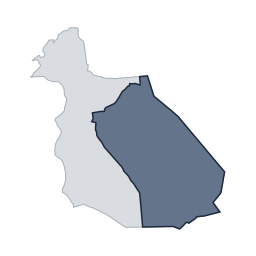 where Agadez sits in Niger, rotated 85°
{"feature_id": "NER-800", "entity_name": "Agadez", "entity_type": "Department", "adm_level": 1, "iso_a3": "NER", "parent_name": "Niger", "parent_adm1": "", "projection": "natural_earth1", "projection_center": [10.912, 19.426], "detail": "fine", "context": "in_parent", "style": "filled", "palette": "slate", "viewbox_px": 256, "rotation_deg": 85, "n_neighbors": 0, "source": "natural_earth", "source_scale": "10m", "svg_char_len": 6697}
<svg xmlns="http://www.w3.org/2000/svg" viewBox="0 0 256 256"><g transform="rotate(85 128 128)"><path d="M202.2,189.1L199.8,189.1L198.4,189.6L196.7,191.1L194.7,191.7L192.4,193.0L190.9,194.1L189.5,195.0L187.6,197.0L186.9,198.6L185.0,198.9L182.3,198.6L180.6,197.1L176.7,195.4L174.1,194.7L172.9,194.5L166.9,194.2L160.4,194.9L157.1,195.7L156.5,195.8L154.7,196.8L153.1,197.9L148.9,203.0L143.4,202.8L140.1,202.3L137.4,201.5L133.4,199.1L128.6,195.5L126.8,195.0L125.1,194.7L124.6,194.8L118.8,198.4L117.7,198.3L116.3,198.7L115.4,199.6L114.8,200.0L114.1,200.1L113.2,199.9L112.3,199.4L111.4,198.4L109.0,194.4L108.6,193.7L107.6,192.5L105.9,190.6L104.7,189.8L104.0,189.5L103.2,189.7L98.6,188.1L94.0,186.4L92.9,186.6L92.2,187.0L90.6,188.2L88.7,188.5L86.3,188.4L85.0,188.2L82.9,188.6L81.5,189.1L79.6,189.9L77.2,192.2L76.6,192.5L76.0,192.9L75.1,199.2L74.5,201.1L73.2,203.6L70.8,205.9L69.2,207.4L69.1,209.3L69.0,212.5L68.9,214.7L69.0,216.1L68.8,216.8L68.6,217.4L68.7,218.3L69.1,218.8L69.3,219.4L69.2,219.8L68.4,220.4L67.6,219.0L66.5,218.0L65.3,217.5L64.5,216.8L64.0,215.8L62.5,213.8L58.9,209.9L58.5,209.8L57.9,209.7L56.9,210.1L56.3,210.8L55.8,211.0L55.1,211.1L53.4,211.5L52.0,212.2L52.0,212.7L52.6,215.7L52.3,217.3L51.7,216.5L49.7,213.5L48.4,211.3L48.1,210.8L47.9,210.1L48.1,209.7L48.6,209.5L49.9,209.2L50.1,209.0L50.2,208.4L50.0,207.2L49.3,205.7L48.6,204.7L48.2,204.5L47.4,204.5L46.6,204.6L45.1,205.9L44.4,206.1L42.8,206.0L41.4,205.7L40.5,205.1L38.0,202.6L35.2,200.0L34.0,199.7L33.7,199.4L33.6,197.4L33.6,195.0L33.8,194.4L35.0,194.7L36.2,194.9L36.6,194.5L35.6,193.6L34.2,192.7L33.7,191.4L33.3,191.0L32.6,190.5L31.9,190.3L31.2,189.9L30.6,189.5L29.8,189.4L28.9,189.1L27.7,186.9L26.4,184.9L25.7,183.3L25.5,182.3L25.9,180.6L25.5,179.9L24.1,178.3L23.0,176.7L23.3,174.3L23.6,172.2L23.6,170.9L23.8,170.2L24.0,169.4L24.7,169.1L26.7,169.2L30.5,169.5L33.5,169.1L35.9,166.9L38.3,164.6L41.9,164.4L45.7,164.1L48.8,164.0L53.2,163.8L56.8,163.7L60.9,163.5L61.1,162.5L61.3,162.2L61.7,162.2L64.8,162.7L67.6,163.3L67.9,161.3L70.4,158.8L71.8,158.3L72.2,157.9L72.7,157.0L73.0,155.7L73.1,154.8L73.6,154.1L74.0,152.7L74.6,150.2L76.0,147.6L76.8,144.1L77.0,140.7L77.2,138.2L77.6,137.6L77.6,133.1L77.6,128.5L77.7,124.6L77.7,119.8L77.7,115.5L77.8,111.0L77.8,106.8L77.8,104.1L80.7,103.4L83.7,102.8L88.1,101.8L92.8,100.7L98.0,99.5L99.1,98.8L103.1,94.9L104.8,93.1L108.3,89.5L111.0,86.8L114.5,83.3L118.1,79.8L121.0,77.0L125.6,73.9L132.4,69.1L139.2,64.3L146.1,59.5L152.9,54.7L159.7,50.0L166.5,45.2L173.3,40.4L180.1,35.6L186.9,37.4L193.4,39.2L199.9,40.9L201.5,41.9L205.0,45.3L209.4,49.6L209.6,49.7L209.8,49.7L214.1,47.1L219.6,43.8L221.1,52.8L222.3,60.6L222.4,65.6L222.4,66.8L222.9,67.7L223.9,68.6L228.1,75.8L227.2,77.0L227.9,79.2L229.0,80.2L232.4,84.4L232.9,85.3L232.7,85.9L230.3,91.0L229.9,92.2L229.5,98.6L229.2,103.1L228.8,109.3L228.3,116.7L227.9,122.9L227.3,131.2L226.8,139.0L223.4,143.3L217.2,150.9L212.2,157.1L209.7,161.3L204.8,169.4L202.6,174.6L200.9,177.3L200.0,178.5L200.8,182.3L202.2,189.1Z" fill="#d9dde1" stroke="#a8b0b8" stroke-width="1"/><path d="M180.1,35.6L181.2,35.9L182.4,36.2L183.6,36.5L184.7,36.9L185.9,37.2L187.0,37.5L188.2,37.8L189.3,38.1L190.5,38.4L191.7,38.7L192.8,39.0L194.0,39.3L195.1,39.6L196.3,39.9L197.5,40.2L198.6,40.6L200.0,40.9L201.5,41.9L202.2,42.6L203.9,44.2L205.5,45.8L207.2,47.4L208.8,49.0L209.4,49.6L209.6,49.7L209.8,49.7L210.7,49.2L212.9,47.9L215.1,46.5L217.4,45.2L219.6,43.8L219.8,44.8L219.9,45.8L220.1,46.7L220.3,47.7L220.4,48.7L220.6,49.7L220.8,50.7L220.9,51.6L221.1,52.6L221.3,53.6L221.4,54.6L221.6,55.6L221.8,56.5L221.9,57.5L222.0,58.2L222.2,58.9L222.3,59.5L222.3,59.8L222.3,60.6L222.3,61.8L222.3,63.1L222.4,64.4L222.4,65.6L222.4,66.4L222.4,66.7L222.4,67.1L222.5,67.4L222.7,67.6L223.3,67.9L223.6,68.1L224.0,68.8L224.3,69.3L224.6,69.7L224.8,70.1L225.0,70.5L225.2,70.8L225.5,71.2L225.7,71.6L225.9,72.0L226.1,72.4L226.4,72.8L226.6,73.1L226.8,73.5L227.0,73.9L227.3,74.3L227.5,74.7L227.7,75.1L227.9,75.4L228.1,75.8L227.6,76.2L227.3,76.8L227.2,77.5L227.3,78.2L227.5,78.6L227.7,78.9L227.9,79.2L229.0,80.2L229.3,80.6L230.1,81.6L230.9,82.5L231.7,83.5L232.5,84.4L232.8,84.8L233.0,85.2L233.0,85.4L232.9,85.7L232.6,86.2L232.1,87.3L231.6,88.4L231.1,89.5L230.5,90.6L230.4,91.0L229.9,92.2L229.9,92.8L229.9,93.6L229.8,94.3L229.8,95.0L229.7,95.7L229.7,96.4L229.6,97.1L229.6,97.8L229.5,98.6L229.5,99.3L229.4,100.0L229.4,100.7L229.3,101.4L229.3,102.1L229.2,102.8L229.2,103.6L229.1,104.3L229.1,105.0L229.0,105.7L229.0,106.4L228.9,107.1L228.9,107.8L228.8,108.5L228.8,109.3L228.8,110.0L228.7,110.7L228.7,111.4L228.6,112.1L228.6,112.8L228.5,113.5L228.5,114.3L228.4,115.0L228.4,115.7L228.3,116.4L228.3,117.1L228.2,117.8L228.2,118.5L228.1,119.2L228.1,120.0L228.0,120.7L228.0,121.4L227.9,122.0L193.9,122.0L183.8,127.3L181.1,129.4L180.9,129.6L180.6,129.8L176.1,131.6L170.7,135.8L166.8,137.2L145.1,153.2L140.4,155.2L134.9,158.7L132.5,159.7L131.7,159.7L129.3,159.7L129.0,159.7L128.8,159.8L127.7,160.4L125.4,160.4L120.1,159.5L119.6,160.2L118.5,163.6L115.8,162.0L115.1,161.9L109.8,162.1L109.1,153.2L109.4,150.7L109.4,150.4L109.3,150.2L109.1,150.1L107.1,149.5L107.0,149.4L106.8,149.3L105.9,148.5L105.8,148.4L105.7,148.3L105.5,147.8L105.5,147.7L102.6,139.8L102.5,139.6L101.4,138.2L98.4,135.6L91.4,130.6L91.1,130.3L90.8,130.0L89.1,127.3L86.8,125.1L86.6,124.9L86.5,124.7L86.2,123.1L86.2,122.9L84.6,122.7L84.3,122.6L84.1,122.5L84.0,122.2L83.9,122.1L83.9,121.9L83.9,121.6L84.0,121.4L84.4,120.7L84.3,118.7L84.4,118.3L84.4,118.2L84.4,117.8L84.3,117.6L84.3,117.2L84.3,116.9L84.4,116.5L86.2,112.4L84.9,112.0L78.0,111.9L77.8,111.9L77.8,109.9L77.8,108.0L77.8,106.0L77.8,104.1L80.3,103.5L82.8,103.0L85.3,102.4L87.8,101.8L89.2,101.5L92.1,100.9L95.0,100.2L96.3,99.9L98.0,99.5L98.6,99.3L99.2,98.8L100.2,97.8L101.1,96.9L101.9,96.1L102.7,95.2L103.6,94.4L104.4,93.5L105.2,92.7L106.1,91.8L106.9,91.0L107.8,90.2L108.6,89.3L109.4,88.5L110.3,87.6L111.1,86.8L112.0,85.9L112.8,85.1L113.6,84.2L114.4,83.4L114.9,82.9L115.9,81.9L116.9,81.0L117.8,80.1L118.8,79.2L119.7,78.3L121.0,77.0L122.8,75.8L123.7,75.2L124.6,74.6L125.5,73.9L126.4,73.3L127.3,72.7L128.2,72.1L129.1,71.4L130.0,70.8L130.9,70.2L131.8,69.5L132.7,68.9L133.6,68.3L134.5,67.7L135.4,67.0L136.3,66.4L137.2,65.8L138.1,65.2L138.9,64.5L139.8,63.9L140.7,63.3L141.6,62.6L142.5,62.0L143.4,61.4L144.3,60.8L145.2,60.1L146.1,59.5L147.0,58.9L147.9,58.2L148.8,57.6L149.7,57.0L150.6,56.4L151.5,55.7L152.4,55.1L153.3,54.5L154.2,53.8L155.1,53.2L156.0,52.6L156.9,52.0L157.8,51.3L158.7,50.7L159.6,50.1L160.5,49.4L161.3,48.8L162.2,48.2L163.1,47.6L164.0,46.9L164.9,46.3L165.8,45.7L166.7,45.1L167.6,44.4L168.5,43.8L169.4,43.2L170.3,42.5L171.2,41.9L172.1,41.3L173.0,40.7L173.9,40.0L174.7,39.4L175.6,38.8L176.5,38.1L177.4,37.5L178.3,36.9L179.2,36.3L180.1,35.6Z" fill="#64748b" stroke="#1e293b" stroke-width="1.5"/></g></svg>